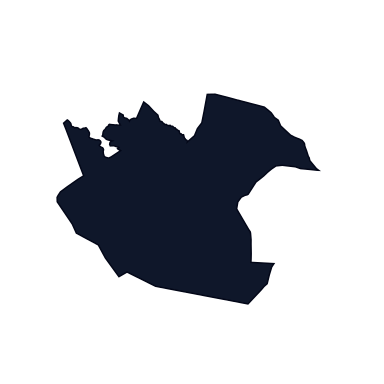 the district of Villa de Chilapa de Díaz, Oaxaca, Mexico, rotated 150°
{"feature_id": "50627088B27249179318805", "entity_name": "Villa de Chilapa de Díaz", "entity_type": "district", "adm_level": 2, "iso_a3": "MEX", "parent_name": "Mexico", "parent_adm1": "Oaxaca", "projection": "equal_earth", "projection_center": [-97.646, 17.595], "detail": "fine", "context": "isolated", "style": "filled", "palette": "ink", "viewbox_px": 384, "rotation_deg": 150, "n_neighbors": 0, "source": "geoboundaries", "source_scale": "gbopen_adm2", "svg_char_len": 4454}
<svg xmlns="http://www.w3.org/2000/svg" viewBox="0 0 384 384"><g transform="rotate(150 192 192)"><path d="M188.8,294.1L195.2,289.4L203.2,283.5L204.0,283.9L204.7,284.4L205.5,285.0L206.5,285.2L208.1,285.5L209.8,285.3L210.8,284.7L210.8,285.8L211.7,288.4L212.5,289.1L213.5,290.2L213.9,291.6L213.1,293.0L214.0,294.5L215.3,296.7L217.2,294.7L218.8,292.6L220.4,290.3L220.5,285.8L221.2,286.1L222.5,286.8L223.9,287.9L225.2,288.5L226.0,289.2L228.3,290.8L229.7,291.9L230.7,291.7L231.4,290.7L232.2,291.0L233.9,290.8L235.2,290.1L236.1,289.6L237.5,289.4L238.7,288.6L239.6,287.6L240.3,286.6L241.0,285.7L241.8,285.4L241.3,284.5L240.7,283.6L240.3,282.2L239.9,280.7L239.3,279.8L238.5,278.9L237.5,278.0L236.3,276.9L235.4,276.1L236.4,276.2L237.8,276.1L238.5,275.6L239.5,274.4L239.7,272.8L238.9,272.4L237.1,271.4L236.2,271.0L235.8,270.2L234.7,269.0L233.7,268.0L233.1,267.1L234.8,266.8L234.5,265.8L234.0,265.1L233.5,264.4L233.1,263.5L234.8,263.4L244.3,262.8L247.0,263.0L247.4,263.2L249.7,265.5L249.8,265.9L250.1,266.8L250.1,267.4L249.9,268.2L249.7,268.9L249.6,269.7L249.4,269.9L248.6,271.6L248.2,272.1L247.5,272.7L247.3,273.6L247.2,274.4L247.4,275.1L247.6,275.4L248.3,276.3L249.0,278.2L249.0,278.7L248.3,279.4L247.7,279.3L247.3,279.4L246.6,280.0L246.1,280.5L245.8,281.3L245.9,282.3L246.6,283.7L246.9,283.8L247.2,284.1L248.0,284.5L249.1,285.0L250.5,286.6L251.5,287.6L251.6,287.9L252.7,289.0L253.1,289.4L253.4,290.1L253.5,290.6L253.6,291.2L253.5,291.5L253.1,292.1L252.5,292.6L251.9,293.4L251.6,293.9L251.3,294.6L251.2,295.2L251.2,296.3L251.2,297.2L251.3,297.6L251.3,298.1L251.3,298.7L251.5,300.1L251.7,300.7L253.0,301.0L253.6,301.1L254.2,301.6L255.5,301.7L256.3,301.5L256.8,301.7L257.6,302.2L258.1,302.8L258.3,303.2L258.4,303.9L258.7,304.4L259.4,305.2L260.8,306.1L261.5,306.1L261.7,306.5L261.9,307.3L262.2,307.8L262.5,308.0L263.1,308.4L263.3,309.2L263.3,309.8L263.1,310.4L263.0,311.4L262.8,311.6L262.7,312.1L262.8,313.0L263.0,313.6L263.0,314.0L263.2,314.8L263.4,315.4L263.6,316.1L264.0,316.8L268.8,315.8L269.7,309.7L277.7,260.2L284.4,260.0L297.1,258.9L305.8,257.9L309.6,256.0L311.5,254.8L313.6,250.9L311.7,224.1L312.7,214.2L299.6,193.0L300.0,178.2L297.6,155.2L288.3,155.2L270.6,128.5L251.5,112.0L227.4,91.2L218.1,83.2L199.5,67.1L180.9,72.7L176.8,74.2L172.8,75.0L166.5,81.6L160.5,87.2L156.9,89.0L176.2,101.6L174.5,104.2L171.6,109.0L167.1,117.1L164.7,121.2L161.9,127.1L161.5,128.4L161.7,131.5L161.8,151.4L161.8,155.0L161.5,155.4L157.3,160.5L151.9,162.9L148.9,162.7L148.7,162.7L148.1,162.7L145.6,162.0L144.5,162.0L131.7,168.6L129.8,168.9L128.9,169.0L125.5,169.5L121.8,170.1L116.9,171.3L111.5,172.2L106.2,172.6L100.4,170.0L89.8,162.1L86.3,158.0L82.0,155.0L77.4,151.7L72.6,148.2L71.5,147.5L72.6,150.1L73.4,154.9L73.5,155.3L74.3,160.3L73.6,162.5L73.4,163.3L73.5,164.6L72.2,170.5L71.7,173.7L71.2,175.9L70.5,177.3L70.4,178.8L70.9,181.6L72.7,184.3L73.9,185.7L76.0,188.4L77.7,191.2L78.1,191.5L80.3,198.7L81.6,203.0L82.2,205.0L81.4,211.1L83.4,215.4L83.5,217.6L83.7,219.6L83.8,220.9L84.0,221.3L84.0,221.5L85.4,225.4L85.7,226.1L86.9,229.3L87.8,230.2L92.6,235.0L96.5,238.8L100.2,242.5L104.5,246.7L105.2,247.4L105.4,247.7L105.6,247.9L106.1,248.3L106.9,249.0L109.9,252.1L113.0,255.2L114.2,256.4L114.4,256.6L118.1,260.2L123.2,265.2L124.0,265.6L126.3,266.9L130.0,268.9L141.6,255.3L148.9,247.0L155.6,244.2L161.7,239.5L170.8,237.7L170.7,237.8L170.5,238.0L170.5,238.5L170.6,239.1L170.6,239.4L171.0,240.0L171.3,240.4L171.4,240.6L171.3,241.5L171.5,242.2L171.5,242.6L171.5,242.9L171.4,243.1L171.3,243.5L171.3,243.8L171.4,244.0L171.3,244.4L171.1,244.5L170.9,245.0L170.8,245.4L170.7,245.8L170.9,246.0L171.3,246.2L171.7,246.2L171.9,246.2L172.1,246.1L172.2,246.9L172.3,247.8L172.8,248.3L172.9,248.2L173.1,248.2L173.3,248.5L173.3,249.1L173.1,249.7L172.9,250.6L172.8,250.9L172.6,251.1L172.6,251.4L172.8,251.8L173.2,252.1L173.4,252.4L173.8,253.3L173.8,253.5L173.9,254.0L174.2,254.2L174.2,254.4L174.5,254.7L174.5,255.5L174.5,256.0L174.8,256.2L175.1,256.4L175.4,256.6L175.4,256.9L175.7,257.7L175.8,258.3L176.2,258.8L176.5,259.1L176.9,259.2L177.5,259.5L177.5,260.0L177.6,260.3L177.7,260.8L178.3,260.8L178.6,260.8L178.9,261.0L179.2,261.4L179.5,261.7L179.9,262.0L180.2,262.5L180.5,263.4L181.6,263.9L182.2,264.2L182.0,265.2L182.4,265.8L182.5,266.2L182.6,266.4L182.9,267.0L182.8,267.4L182.8,267.9L183.0,268.2L183.2,268.4L183.8,268.8L184.1,269.2L184.2,269.6L183.9,271.1L183.9,271.8L183.9,272.5L184.0,272.7L183.1,275.6L184.8,280.9L186.5,288.5L188.8,294.1Z" fill="#0f172a" stroke="#020617" stroke-width="1.5"/></g></svg>